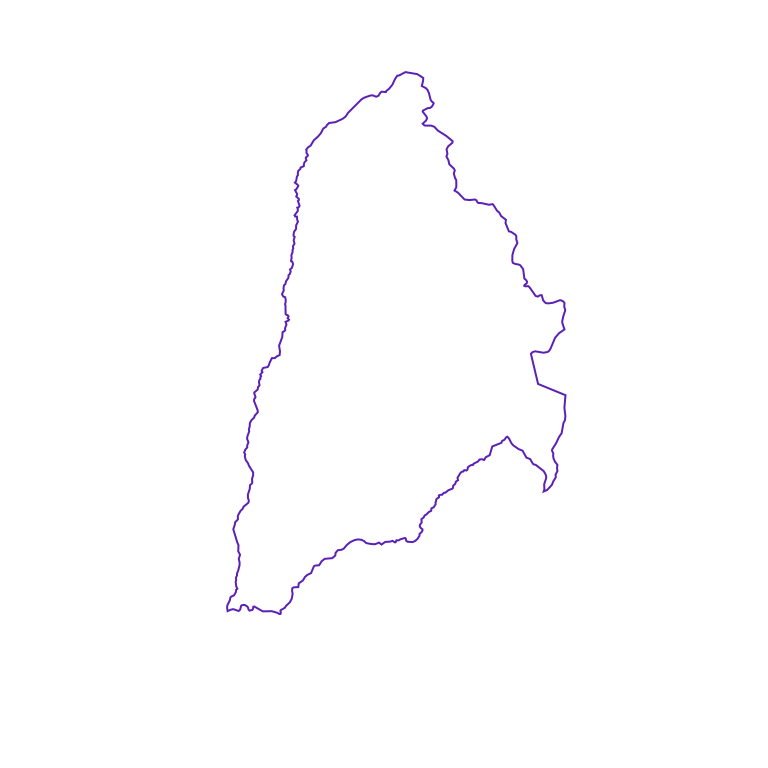 Sucre, Ayacucho, Peru, rotated 214°
{"feature_id": "86281439B85523088523316", "entity_name": "Sucre", "entity_type": "district", "adm_level": 2, "iso_a3": "PER", "parent_name": "Peru", "parent_adm1": "Ayacucho", "projection": "albers", "projection_center": [-73.73, -14.09], "detail": "fine", "context": "isolated", "style": "outline", "palette": "violet", "viewbox_px": 768, "rotation_deg": 214, "n_neighbors": 0, "source": "geoboundaries", "source_scale": "gbopen_adm2", "svg_char_len": 6154}
<svg xmlns="http://www.w3.org/2000/svg" viewBox="0 0 768 768"><g transform="rotate(214 384 384)"><path d="M386.6,108.3L385.0,111.0L383.0,113.1L377.6,114.5L377.1,116.5L378.4,120.3L378.2,121.0L376.9,122.3L375.4,123.0L372.9,123.1L371.7,122.6L370.2,121.3L368.8,120.9L366.8,123.1L366.9,124.6L367.8,126.2L367.1,127.0L357.4,127.7L350.0,132.9L344.4,134.7L342.1,134.8L341.2,135.5L341.8,137.0L342.8,137.7L343.2,138.6L341.1,143.0L341.1,145.5L340.0,150.3L340.4,154.4L342.4,158.9L344.7,161.3L345.8,163.4L345.1,165.0L341.5,167.7L343.2,171.1L341.4,175.7L341.6,179.8L340.9,182.7L338.7,186.5L340.2,193.7L339.6,194.9L336.4,197.5L336.6,202.2L335.4,205.9L329.6,210.6L328.6,213.8L328.6,214.8L329.7,217.0L329.3,220.4L326.5,222.8L325.3,225.0L324.8,229.8L323.5,234.2L321.0,238.3L318.8,240.5L315.7,242.2L312.7,242.6L309.7,242.2L305.3,244.1L301.8,246.2L299.5,249.7L296.3,249.5L294.8,253.5L293.9,254.4L290.9,256.6L289.2,258.8L286.7,258.7L285.9,259.2L286.3,261.4L284.5,262.4L283.6,264.4L280.5,268.1L279.7,268.1L277.9,266.4L276.3,266.4L271.8,269.0L270.3,271.5L269.6,274.5L269.7,277.9L270.7,279.7L270.0,282.2L270.2,284.2L270.9,285.1L273.6,285.3L275.0,286.3L275.5,287.6L275.3,290.2L277.4,292.9L276.5,295.4L276.8,297.7L275.9,299.6L275.2,303.1L274.0,305.2L275.1,307.5L273.8,309.7L274.0,313.2L275.2,314.9L275.2,315.9L276.1,317.4L276.0,318.6L275.0,320.9L276.2,322.3L275.6,323.4L273.8,324.8L273.6,327.2L272.2,328.4L271.2,332.0L268.8,335.4L268.7,336.3L269.8,338.6L269.1,340.9L269.8,343.3L268.8,345.6L270.6,347.3L270.9,353.0L270.4,354.8L269.3,355.9L269.3,357.5L267.4,358.3L267.0,358.9L267.0,360.2L267.8,361.4L267.8,362.4L266.5,365.4L264.9,366.8L265.2,367.9L262.7,372.4L262.6,374.8L260.6,376.5L258.5,377.0L258.7,380.1L256.6,384.1L259.3,392.8L253.8,400.8L254.2,402.9L253.0,405.0L252.9,408.2L252.2,409.3L249.9,408.7L245.1,406.1L242.4,405.4L236.2,405.3L231.8,406.2L224.8,402.6L220.8,403.5L216.1,401.2L214.8,401.1L213.0,401.8L203.0,401.1L199.6,399.5L197.6,397.8L196.8,396.3L195.1,390.3L192.2,386.5L191.5,384.2L189.5,387.3L188.4,394.3L189.2,397.8L189.4,402.7L191.1,404.9L191.5,408.8L193.6,411.1L195.1,414.0L198.6,415.1L201.9,417.1L203.7,419.1L204.7,421.0L207.5,422.7L208.0,424.0L208.2,431.1L209.3,438.0L209.2,442.5L213.4,452.0L213.8,455.3L215.8,459.0L221.1,465.1L227.3,476.2L256.3,470.2L279.1,491.2L278.6,493.6L277.0,495.6L269.3,499.1L266.3,502.0L265.6,504.1L265.7,506.4L268.0,518.0L267.3,524.0L264.9,530.2L270.3,534.3L271.4,535.8L273.4,540.9L274.8,546.1L275.3,546.9L277.7,548.7L279.7,552.1L281.6,552.7L284.2,552.3L285.1,551.7L289.2,546.0L292.6,542.9L294.9,541.6L296.5,541.7L298.9,542.4L302.9,545.8L304.2,544.9L305.5,542.4L307.5,541.8L317.6,545.6L319.1,545.8L321.3,544.1L322.6,543.8L322.9,544.5L322.0,547.4L322.6,548.8L324.2,549.6L326.6,549.9L332.8,557.0L337.4,558.6L338.7,558.5L342.7,556.8L345.0,556.5L346.6,558.0L349.7,562.8L351.6,568.7L352.2,575.4L355.4,578.1L357.0,580.6L358.4,581.2L363.6,581.2L365.8,580.4L373.3,585.4L374.7,588.3L380.7,588.7L384.4,590.6L387.0,590.8L393.8,593.8L394.6,593.8L397.2,591.3L404.1,588.6L406.9,586.9L408.0,586.9L410.1,588.0L411.8,587.8L416.1,584.2L420.4,582.0L429.7,584.0L433.7,583.8L434.1,587.5L434.9,588.8L438.1,593.4L440.4,594.6L443.7,597.4L444.8,600.7L446.4,601.6L452.7,602.7L455.8,605.6L459.5,607.6L460.0,610.1L463.4,613.6L463.7,616.9L462.2,622.3L462.9,623.7L471.3,624.5L480.9,624.2L486.2,625.4L489.6,624.5L494.4,621.2L495.4,621.0L497.5,621.4L496.5,625.8L496.9,628.5L498.6,629.6L504.2,631.4L504.6,632.4L502.2,636.9L500.1,638.7L499.4,641.1L499.7,644.3L500.2,644.8L502.1,644.9L504.2,645.6L509.3,650.2L512.1,652.0L514.5,652.7L519.3,652.2L521.1,657.1L522.6,659.7L529.7,659.5L540.7,654.5L544.0,648.2L545.4,647.1L545.4,643.1L544.4,636.7L544.9,631.5L545.9,628.4L545.7,627.1L549.4,625.0L549.9,623.7L549.8,619.8L551.1,617.8L555.0,616.9L556.8,615.3L560.4,610.5L561.8,607.5L565.4,588.9L565.4,584.2L566.6,580.7L570.7,573.9L575.5,569.6L576.1,566.7L575.9,564.9L577.2,561.8L576.6,556.8L577.1,552.1L578.5,546.8L578.1,540.5L579.2,538.2L579.6,534.8L578.6,534.1L577.7,532.4L575.0,531.2L574.8,530.0L575.3,528.8L575.2,527.5L573.4,526.1L573.9,523.5L573.4,521.6L572.3,519.7L574.2,516.8L573.6,515.4L574.3,512.8L573.3,510.5L572.2,509.1L572.2,507.3L570.3,503.0L570.5,501.1L567.0,500.9L565.8,500.3L565.6,496.4L566.2,495.0L562.4,493.0L561.8,492.1L561.6,490.4L558.1,489.8L557.5,489.0L557.7,487.6L553.6,484.5L553.6,482.8L554.5,481.7L553.4,481.0L552.2,479.1L552.5,473.8L551.2,473.2L549.8,474.1L547.5,471.3L546.1,470.5L545.6,466.4L543.6,463.4L543.7,460.0L542.4,457.0L541.7,456.2L540.3,456.0L539.3,452.7L536.7,450.3L536.5,447.2L535.1,445.8L534.7,443.8L533.5,442.2L532.9,439.2L531.0,436.7L530.0,434.2L529.6,433.8L528.5,434.2L526.4,432.5L525.3,428.6L526.0,426.4L524.2,425.0L523.6,422.5L524.0,420.9L522.6,418.5L522.7,414.5L521.6,411.5L522.1,409.8L520.6,406.8L519.4,405.5L518.8,401.4L516.4,400.2L514.5,400.7L512.8,399.1L511.3,396.9L510.7,394.9L509.5,393.9L504.8,387.1L503.5,386.7L502.4,387.2L500.9,386.6L500.7,384.7L498.7,384.2L498.7,383.1L500.4,380.5L498.2,378.9L497.2,374.8L496.0,373.5L496.2,372.0L497.1,370.4L494.6,366.0L492.4,357.1L488.4,352.8L486.7,349.6L488.2,347.2L489.0,344.4L491.4,342.8L490.8,337.9L490.0,335.3L489.9,333.0L493.1,329.8L493.0,327.0L492.6,326.3L491.4,325.9L491.9,322.6L490.3,321.9L490.3,320.4L489.3,319.2L489.6,318.1L488.9,315.9L486.4,313.2L486.7,310.9L485.6,308.7L486.7,304.9L486.6,303.9L483.2,301.3L483.1,298.7L482.3,297.3L474.4,291.8L472.8,290.1L473.5,285.5L472.8,283.5L473.7,279.9L473.3,276.5L471.6,273.7L470.7,270.9L469.3,269.4L468.0,264.3L466.9,262.0L463.8,259.9L463.1,256.7L461.9,254.8L462.3,252.2L461.6,249.0L459.7,248.0L459.1,246.4L456.2,243.7L452.5,242.3L450.2,240.7L443.0,237.5L441.4,235.0L440.3,231.4L438.1,228.7L437.9,227.5L438.5,225.2L436.6,221.9L435.0,216.2L433.0,213.4L431.0,211.9L430.2,210.4L430.1,209.5L431.8,203.8L431.4,201.2L432.0,198.8L431.7,194.6L431.4,192.9L429.4,190.0L430.1,186.1L429.1,184.2L427.7,179.3L417.3,170.8L414.5,169.0L411.3,163.8L407.9,162.0L406.6,157.8L403.9,155.3L402.4,152.9L400.5,147.7L399.9,144.7L398.8,143.0L398.4,140.5L397.0,138.9L396.1,136.7L393.2,133.5L391.1,132.3L391.5,130.8L390.4,128.5L390.2,124.9L391.8,122.3L392.0,121.2L390.9,118.7L390.1,112.9L388.8,110.5L386.6,108.3Z" fill="none" stroke="#5b21b6" stroke-width="2"/></g></svg>